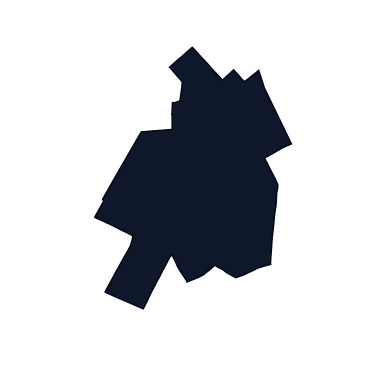 outline of Izvoare, Dolj, Romania, rotated 137°
{"feature_id": "2599482B17685193443553", "entity_name": "Izvoare", "entity_type": "district", "adm_level": 2, "iso_a3": "ROU", "parent_name": "Romania", "parent_adm1": "Dolj", "projection": "natural_earth1", "projection_center": [23.323, 44.156], "detail": "fine", "context": "isolated", "style": "filled", "palette": "ink", "viewbox_px": 384, "rotation_deg": 137, "n_neighbors": 0, "source": "geoboundaries", "source_scale": "gbopen_adm2", "svg_char_len": 5796}
<svg xmlns="http://www.w3.org/2000/svg" viewBox="0 0 384 384"><g transform="rotate(137 192 192)"><path d="M262.5,246.7L262.8,245.8L262.9,245.6L263.2,245.3L263.5,245.2L265.5,244.7L266.7,244.3L269.4,243.4L278.5,240.5L280.1,240.0L280.3,239.9L280.2,239.3L279.4,237.3L278.5,235.2L277.6,233.1L276.4,230.3L275.5,227.8L274.7,226.1L273.2,222.2L270.9,215.9L269.6,212.3L267.8,207.7L265.9,202.7L265.2,200.6L265.2,200.3L265.3,200.2L266.5,199.2L269.1,197.3L274.1,194.4L275.6,194.0L278.1,193.1L281.6,192.0L285.0,191.0L288.1,190.0L290.5,189.2L295.8,187.5L297.9,186.8L300.2,186.1L307.0,183.8L323.7,178.2L323.3,176.7L320.7,170.6L319.5,167.7L316.3,160.4L310.6,147.3L307.3,139.8L297.7,143.4L297.4,143.6L297.0,143.8L296.6,143.9L295.7,144.3L295.2,144.5L294.4,144.8L293.1,145.4L292.6,145.5L291.8,145.8L291.4,146.0L290.5,146.3L290.2,146.5L289.8,146.6L289.0,146.9L288.6,147.0L287.8,147.2L286.3,147.8L285.9,147.9L285.6,148.0L285.2,148.2L284.4,148.4L284.0,148.6L283.3,148.8L283.0,148.9L282.3,149.2L281.9,149.3L281.2,149.6L280.9,149.7L280.5,149.8L279.8,150.1L279.5,150.2L278.8,150.5L277.7,150.9L277.3,151.0L276.9,151.1L276.6,151.2L276.3,151.3L275.9,151.4L275.6,151.5L275.3,151.6L275.0,151.6L271.0,153.1L268.6,154.0L268.0,154.2L267.4,154.4L266.8,154.6L266.3,154.8L265.7,155.0L265.0,155.2L264.4,155.4L263.3,155.8L262.1,156.2L261.5,156.4L260.9,156.6L260.4,156.8L259.8,157.0L259.2,157.2L258.1,157.6L256.5,158.2L255.9,158.4L254.9,158.7L254.4,158.9L253.9,159.1L252.3,159.6L252.0,159.7L251.9,159.7L251.7,159.7L251.1,159.7L250.8,159.6L250.6,159.6L250.2,159.6L249.8,159.5L249.6,159.5L249.7,158.8L250.1,157.7L250.4,156.5L251.2,154.2L251.5,153.0L251.8,151.9L252.2,150.7L252.9,148.6L253.3,147.5L253.6,146.5L253.8,145.4L254.3,143.4L254.5,142.4L254.7,141.4L254.9,140.4L255.1,138.8L255.3,137.8L255.4,137.3L255.5,136.7L255.5,136.2L255.6,135.7L255.8,134.7L255.9,134.2L256.0,133.7L256.0,133.2L256.1,132.7L256.2,132.2L256.3,131.7L256.4,131.2L256.4,130.9L256.6,130.3L256.7,130.1L257.0,129.9L257.1,129.7L256.8,129.4L256.5,129.4L255.9,129.2L250.2,127.0L246.0,125.4L243.8,124.7L240.1,123.7L235.8,123.4L233.0,123.1L228.5,123.0L225.0,122.8L224.7,120.9L224.4,119.7L223.8,117.9L223.5,117.2L223.2,116.4L222.7,115.4L222.4,114.2L222.2,113.2L222.1,112.1L222.0,111.6L221.9,110.7L221.7,109.5L221.4,108.6L221.2,107.9L220.1,104.6L219.6,103.0L219.0,101.4L218.7,100.5L218.6,100.0L218.5,99.7L218.4,99.5L214.6,97.8L212.6,96.9L211.6,96.5L210.9,96.2L209.6,95.7L209.0,95.5L207.4,95.1L205.9,94.7L202.3,93.4L198.4,92.2L196.6,91.8L194.9,91.1L189.0,88.2L185.6,86.4L183.7,85.5L183.1,86.5L164.3,104.1L160.4,107.4L157.0,110.3L154.1,112.8L152.3,114.5L145.8,120.2L140.0,124.7L136.5,127.9L130.3,134.0L128.5,135.1L128.1,135.4L127.6,135.8L126.9,136.3L125.7,137.4L125.4,137.7L124.6,138.5L124.2,139.0L123.0,142.5L122.3,144.4L119.7,153.8L119.2,155.5L118.1,159.5L117.3,162.1L115.9,167.4L113.9,166.9L112.7,166.6L109.5,165.8L104.9,164.7L102.8,164.3L99.5,163.5L97.2,163.0L94.4,162.2L91.3,161.1L86.5,159.4L68.2,218.6L60.3,235.5L63.0,235.6L64.6,235.7L65.5,235.8L67.0,235.9L68.2,236.0L69.7,236.2L70.4,236.1L71.2,236.2L72.8,236.3L74.7,236.5L78.5,237.1L78.6,240.6L78.3,245.7L78.3,247.5L78.3,249.1L78.3,251.6L78.2,252.9L89.8,253.0L93.4,253.1L93.4,254.5L93.4,256.8L93.5,257.1L93.4,257.5L93.5,258.1L93.4,259.1L93.5,259.4L93.5,259.6L93.4,259.8L93.4,260.3L93.4,260.8L93.4,261.1L93.4,261.7L93.4,261.9L93.5,262.5L93.4,263.1L93.5,263.9L93.5,264.0L93.5,264.4L93.5,264.6L93.5,265.0L93.5,265.3L93.5,265.6L93.4,266.8L93.5,267.6L93.4,268.6L93.4,269.3L93.4,269.6L93.3,270.1L93.4,270.6L93.3,271.4L93.3,272.4L93.2,273.3L93.2,275.3L93.2,276.4L93.2,277.6L93.2,279.2L93.2,280.7L93.2,281.9L93.2,282.9L93.2,285.1L93.2,285.8L93.2,287.8L93.1,289.1L93.2,290.0L93.2,291.6L93.1,293.2L93.1,294.4L93.1,296.3L93.1,297.5L93.8,297.7L94.4,297.7L95.7,297.7L97.0,297.8L98.8,297.8L100.1,297.9L100.8,297.9L101.4,297.9L102.0,297.9L104.4,297.9L106.4,298.0L107.0,298.0L108.3,298.1L108.8,298.1L110.8,298.3L111.8,298.3L119.7,298.5L121.6,298.5L123.2,298.5L123.4,298.5L123.3,297.9L123.3,296.8L123.4,294.4L123.5,293.2L123.5,291.6L123.7,288.6L123.7,285.6L123.8,283.5L124.0,279.5L124.0,279.2L127.9,275.6L132.7,271.7L137.4,267.9L138.6,266.9L139.0,267.1L139.9,267.4L140.6,267.7L141.0,267.8L141.3,268.0L141.6,268.1L142.0,268.3L142.3,268.4L142.7,268.6L142.9,268.8L143.2,268.9L143.8,269.3L144.4,269.7L144.7,269.9L144.8,270.1L145.2,270.4L145.4,270.6L153.9,262.3L154.1,262.3L154.1,261.9L154.3,261.6L154.8,261.1L156.2,259.5L156.8,258.8L163.9,251.3L164.5,251.7L165.0,252.2L165.7,252.7L166.9,253.7L167.5,254.2L168.1,254.7L168.8,255.2L169.4,255.7L170.1,256.2L170.8,256.7L171.4,257.2L172.1,257.7L172.7,258.2L173.3,258.8L173.9,259.3L174.6,259.8L175.2,260.2L175.8,260.7L176.4,261.2L177.1,261.8L178.4,262.9L179.1,263.5L179.8,264.0L180.6,264.6L181.3,265.2L181.9,265.6L182.5,266.1L183.0,266.5L183.4,266.9L183.9,267.2L184.3,267.5L184.7,267.8L185.2,268.2L185.6,268.5L186.0,268.8L186.4,269.2L186.9,269.6L187.3,269.9L187.8,270.3L188.1,270.5L188.3,270.4L188.5,270.3L189.4,270.2L191.3,269.6L193.0,269.1L193.7,268.8L195.2,268.4L196.8,267.9L197.6,267.7L198.4,267.4L199.2,267.1L200.8,266.7L201.6,266.4L202.4,266.2L204.8,265.4L205.6,265.2L206.5,264.9L207.3,264.7L208.2,264.4L208.9,264.2L209.7,264.0L210.5,263.7L211.3,263.5L212.1,263.2L212.9,263.0L213.8,262.7L214.6,262.5L215.4,262.2L216.2,262.0L217.1,261.7L217.9,261.4L218.7,261.2L219.6,260.9L220.4,260.7L221.3,260.4L223.0,259.9L223.9,259.7L224.7,259.4L225.6,259.1L226.5,258.9L228.2,258.3L229.1,258.1L230.0,257.8L230.9,257.5L232.6,256.9L233.5,256.6L234.4,256.4L235.4,256.1L236.7,255.7L237.9,255.3L239.2,254.9L240.5,254.5L243.2,253.7L244.6,253.2L246.0,252.8L247.3,252.4L248.7,251.9L250.2,251.5L251.6,251.0L253.1,250.6L254.5,250.1L257.2,249.3L258.8,248.8L260.4,248.3L261.5,248.0L262.0,247.8L262.2,247.7L262.3,247.6L262.4,247.1L262.5,246.9L262.5,246.7Z" fill="#0f172a" stroke="#020617" stroke-width="1.5"/></g></svg>